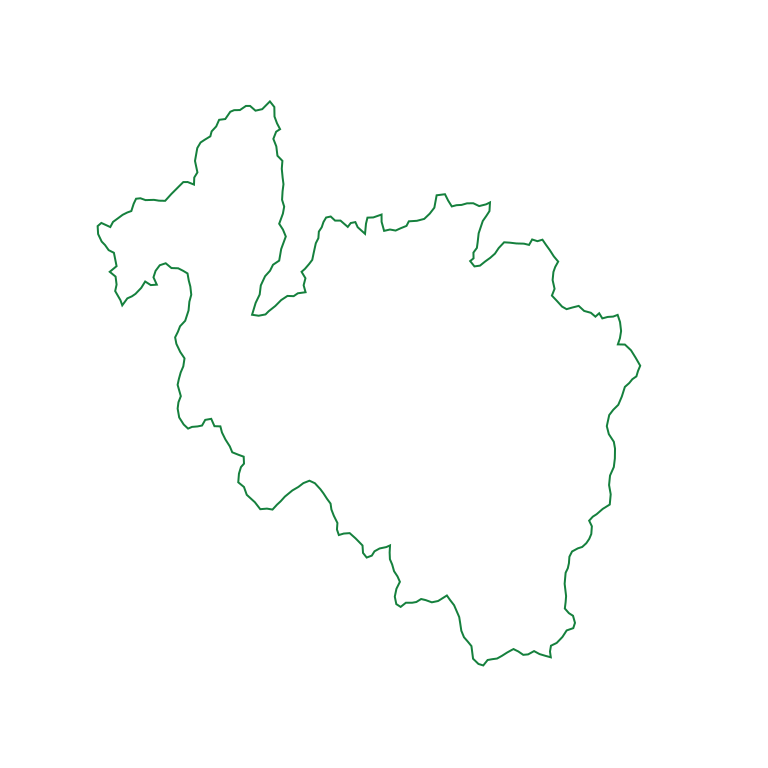 São Luiz do Paraitinga, São Paulo, Brazil (Equal Earth projection), rotated 170°
{"feature_id": "56859067B61119921989144", "entity_name": "São Luiz do Paraitinga", "entity_type": "district", "adm_level": 2, "iso_a3": "BRA", "parent_name": "Brazil", "parent_adm1": "São Paulo", "projection": "equal_earth", "projection_center": [-45.237, -23.241], "detail": "fine", "context": "isolated", "style": "outline", "palette": "green", "viewbox_px": 768, "rotation_deg": 170, "n_neighbors": 0, "source": "geoboundaries", "source_scale": "gbopen_adm2", "svg_char_len": 4564}
<svg xmlns="http://www.w3.org/2000/svg" viewBox="0 0 768 768"><g transform="rotate(170 384 384)"><path d="M527.6,282.2L520.9,281.6L515.6,279.7L510.4,283.7L506.2,286.4L501.2,290.3L492.7,295.1L486.2,297.5L480.6,300.4L474.2,301.7L469.3,298.3L464.9,291.4L462.6,286.8L460.0,280.7L457.4,275.5L457.6,269.6L456.3,263.0L454.0,255.2L455.6,248.9L454.7,243.1L449.6,243.7L443.7,243.1L438.8,236.9L433.2,228.7L434.0,221.3L431.2,216.1L425.8,217.1L422.4,220.9L416.9,222.8L410.1,223.0L406.1,224.0L407.7,217.1L408.6,210.4L407.3,204.8L406.6,197.9L404.1,192.1L402.7,186.4L407.3,180.2L410.3,172.7L410.1,165.1L406.3,161.6L400.4,164.8L394.3,163.7L390.0,163.7L384.8,165.8L380.4,163.9L374.8,160.7L368.4,160.9L358.8,164.8L356.6,160.1L353.4,154.0L351.7,146.9L350.4,141.4L350.5,135.4L350.7,127.6L349.2,120.7L346.3,115.9L343.4,110.7L344.0,98.0L339.6,91.9L335.1,89.6L329.9,94.2L325.2,94.2L320.3,94.0L315.1,95.8L309.3,98.2L302.6,100.5L298.2,97.3L293.9,93.1L289.0,92.7L282.6,94.9L277.7,91.0L271.7,88.0L267.2,85.9L267.0,91.7L265.0,97.3L258.9,99.0L252.2,103.9L246.9,109.6L240.0,110.7L237.4,115.6L238.1,122.9L241.7,126.2L244.9,131.5L243.0,137.7L241.5,143.5L240.8,155.9L237.9,166.6L235.0,170.6L233.0,175.4L231.4,181.7L227.9,186.4L221.6,188.5L217.1,189.1L212.4,192.1L208.8,195.8L205.9,200.3L204.0,207.8L205.7,213.8L201.4,217.1L197.3,218.8L190.3,223.0L182.6,226.1L179.9,236.0L179.9,245.4L177.3,254.6L172.1,262.3L169.6,270.5L167.7,280.3L167.7,287.2L171.3,295.6L171.9,303.8L167.6,314.3L162.7,318.8L156.9,322.8L152.0,330.3L147.3,339.3L142.4,342.3L138.6,345.6L134.1,347.7L131.6,352.7L128.5,357.5L131.6,366.1L134.9,374.3L139.9,381.0L146.8,382.4L143.7,388.1L141.3,395.0L140.8,404.0L141.9,411.5L146.6,410.6L152.0,411.2L157.6,410.7L159.8,416.3L164.1,413.6L167.9,418.2L174.2,421.2L178.7,427.1L185.4,426.6L191.2,426.0L195.2,429.3L199.1,435.5L203.3,441.9L199.5,448.1L199.9,457.1L197.7,464.9L195.1,469.5L191.2,474.3L194.6,480.2L197.5,487.1L200.4,493.1L202.9,498.6L208.1,498.0L213.0,500.6L217.0,495.8L221.8,497.9L229.1,499.4L235.4,501.3L241.1,502.7L247.4,498.0L252.1,493.1L257.5,489.8L263.1,487.1L268.9,483.9L274.5,484.1L277.8,490.1L274.0,492.2L273.1,497.9L268.9,501.9L267.1,507.5L264.6,516.0L258.4,527.4L254.0,531.8L250.1,536.0L248.1,544.4L252.3,543.2L259.4,542.7L264.7,546.5L270.9,547.5L276.5,546.9L281.6,547.5L286.4,547.1L289.0,553.6L291.0,560.3L299.4,560.7L303.8,548.9L309.4,543.8L315.7,539.6L323.3,539.0L331.3,539.9L334.4,535.8L340.5,534.5L345.9,533.1L351.3,535.1L357.3,534.8L358.2,544.1L357.0,551.3L365.6,549.9L371.4,550.7L373.9,545.0L376.6,535.2L382.7,543.0L384.1,548.4L388.8,548.3L392.4,545.0L398.5,552.5L403.8,553.4L407.4,558.2L412.1,558.0L415.5,554.0L418.1,549.2L421.7,545.4L423.3,539.0L426.7,534.5L430.4,525.5L433.1,518.7L437.0,515.1L441.9,511.1L445.7,508.8L443.0,501.8L446.0,495.2L445.3,488.0L453.1,488.3L457.7,486.2L463.8,487.5L470.7,484.5L477.5,479.7L484.9,475.7L488.6,473.1L495.6,473.0L501.9,475.1L496.3,486.2L490.9,493.7L488.2,502.5L482.4,510.8L476.6,515.3L472.6,520.7L465.8,523.7L461.8,534.8L455.1,546.3L456.7,553.6L459.4,560.0L454.0,569.3L451.5,576.0L452.4,583.1L450.4,591.5L448.3,598.2L448.0,604.7L447.3,613.7L445.3,621.4L449.3,627.3L448.8,636.7L450.4,644.6L446.4,651.2L442.1,653.0L444.1,659.3L445.4,666.4L443.9,675.8L447.3,682.1L452.4,678.5L456.2,675.8L463.1,675.5L467.6,681.1L471.7,681.8L478.3,678.8L484.1,679.7L488.1,678.8L494.3,672.5L500.5,672.8L504.5,666.8L509.9,662.7L512.0,658.1L518.1,655.7L522.7,653.7L526.9,648.8L531.4,636.5L531.0,624.8L535.0,620.3L536.5,613.4L542.3,617.0L546.6,617.7L551.8,614.1L560.5,608.0L567.7,602.4L573.7,603.6L578.6,605.3L586.9,606.5L591.6,609.2L596.0,609.5L599.2,605.0L602.8,598.2L607.0,597.5L612.0,596.0L617.4,593.3L622.7,590.7L626.3,586.1L634.4,591.7L638.6,589.2L639.5,581.3L637.3,573.3L634.6,569.3L631.9,563.6L627.2,560.1L626.9,546.5L634.6,542.1L629.7,536.4L630.1,528.3L632.6,522.2L629.0,512.3L628.1,506.9L621.9,512.9L617.1,514.1L613.1,515.9L606.4,520.8L601.4,526.4L596.5,521.9L590.5,521.3L592.5,529.1L589.3,535.1L584.2,539.9L578.0,540.8L573.2,535.1L566.6,533.7L562.1,530.3L558.3,527.0L558.3,519.8L557.8,513.6L558.3,505.4L561.4,498.8L563.7,490.4L568.8,480.8L574.8,476.3L577.9,471.2L581.6,466.2L581.5,459.6L579.1,450.9L576.0,443.9L578.6,436.2L582.2,430.7L585.2,424.4L587.4,419.0L586.2,407.3L589.6,401.7L591.5,395.6L591.5,386.6L588.3,378.9L584.7,374.1L580.5,375.1L575.1,374.6L570.4,374.7L566.3,379.7L560.2,379.7L558.3,371.9L552.5,370.7L552.0,364.4L549.8,356.9L546.7,349.4L545.3,343.1L539.5,339.5L534.8,336.8L535.7,329.9L539.3,327.0L542.4,320.9L544.6,312.5L539.8,306.9L538.4,298.7L531.7,290.0L527.6,282.2Z" fill="none" stroke="#15803d" stroke-width="2"/></g></svg>